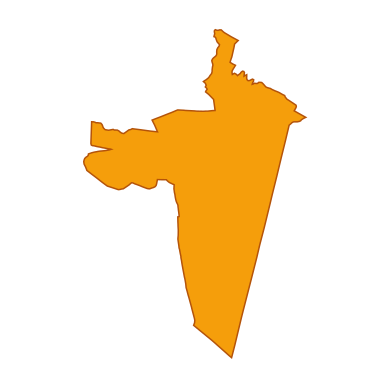 the district of Kikuyu, Central, Kenya, rotated 273°
{"feature_id": "3690345B86705577908989", "entity_name": "Kikuyu", "entity_type": "district", "adm_level": 2, "iso_a3": "KEN", "parent_name": "Kenya", "parent_adm1": "Central", "projection": "orthographic", "projection_center": [36.645, -1.233], "detail": "fine", "context": "isolated", "style": "filled", "palette": "amber", "viewbox_px": 384, "rotation_deg": 273, "n_neighbors": 0, "source": "geoboundaries", "source_scale": "gbopen_adm2", "svg_char_len": 4098}
<svg xmlns="http://www.w3.org/2000/svg" viewBox="0 0 384 384"><g transform="rotate(273 192 192)"><path d="M345.7,230.2L349.1,223.0L352.8,216.0L353.8,214.6L354.6,213.7L355.4,212.7L355.3,210.8L354.8,209.7L354.8,208.4L355.3,206.8L354.5,206.0L353.3,205.9L351.2,206.4L349.5,206.0L348.3,205.8L348.0,206.9L347.1,207.7L345.8,208.1L343.3,209.2L342.3,210.1L340.5,211.8L338.9,211.3L337.4,210.2L335.5,209.4L333.3,209.3L331.3,209.5L330.2,209.3L329.1,208.7L327.9,207.4L327.0,206.4L325.7,205.4L324.3,204.9L323.0,205.2L320.6,206.1L319.3,206.2L318.1,205.9L316.6,205.8L315.1,205.7L313.4,205.8L311.4,205.4L309.8,204.3L308.9,203.7L307.9,203.2L306.8,202.4L306.0,201.5L304.9,200.3L303.8,198.7L302.9,197.6L301.3,199.6L299.3,200.6L297.6,199.8L296.6,201.0L295.4,201.8L294.0,200.8L292.7,200.3L290.3,203.6L285.6,208.7L274.6,210.8L274.3,208.0L273.6,203.6L273.5,201.8L273.2,199.1L273.0,192.6L273.1,190.0L273.1,185.1L273.1,181.1L273.2,179.5L273.2,175.3L273.2,173.4L272.7,172.3L270.3,167.4L269.6,165.8L268.3,162.9L265.7,157.3L263.0,151.2L261.7,148.4L256.8,151.2L250.3,154.4L250.6,147.9L251.0,143.1L251.5,137.0L251.7,134.3L251.9,131.3L252.1,129.0L251.3,127.8L250.7,125.7L248.5,123.0L247.8,122.1L246.8,120.9L247.1,118.7L248.1,117.1L249.1,115.9L249.9,114.2L249.9,112.5L249.8,111.2L250.4,110.0L249.3,105.5L249.7,102.0L251.0,100.5L252.2,99.7L253.3,99.3L254.7,98.6L256.0,97.3L256.2,94.1L256.1,92.5L256.6,91.5L256.9,90.1L256.9,88.1L235.1,88.5L233.6,89.0L233.1,90.1L233.0,91.7L232.7,93.3L232.4,94.7L232.2,96.4L232.0,98.1L231.6,100.0L231.3,102.6L230.9,105.4L230.7,106.6L230.7,108.0L230.4,109.1L229.6,106.8L229.0,104.2L228.6,102.1L228.0,97.9L227.6,95.9L227.2,94.5L226.8,92.7L226.4,91.3L225.8,89.5L224.6,86.6L223.0,86.4L222.1,85.6L221.2,84.3L219.9,83.1L218.3,82.6L216.8,82.3L215.6,82.5L214.2,82.8L212.6,83.7L211.6,84.3L210.5,84.8L209.0,85.5L208.0,85.9L204.2,91.4L201.3,95.7L197.0,101.8L193.5,107.1L192.0,112.8L190.5,118.3L190.7,119.7L191.3,121.6L191.6,123.2L193.6,125.9L195.8,128.8L197.4,130.4L198.1,131.3L197.9,132.7L197.2,134.3L196.8,135.7L196.5,136.7L195.7,139.3L194.7,142.0L194.1,143.9L193.6,145.5L193.1,147.1L192.9,149.2L193.2,150.2L193.8,151.4L194.3,152.9L194.8,153.9L195.4,154.9L196.6,155.8L198.2,156.2L202.6,156.8L202.7,161.0L202.9,165.8L202.1,166.5L201.3,167.5L200.3,168.9L198.3,173.8L197.2,173.8L195.9,173.8L194.2,173.8L192.2,174.2L190.5,174.5L188.5,175.1L187.3,175.3L185.4,175.7L183.5,176.2L181.7,176.8L180.4,177.4L179.3,178.1L177.8,178.7L176.6,178.8L175.1,179.1L173.7,179.3L171.6,179.7L170.0,180.0L168.2,180.3L166.8,180.4L166.4,179.1L165.3,179.2L162.7,179.4L161.3,179.5L159.3,179.7L156.8,179.9L153.1,180.3L150.7,180.4L147.9,180.5L145.8,180.4L144.2,180.4L142.0,180.8L137.6,181.7L135.5,182.0L134.2,182.5L130.0,183.5L127.0,184.3L125.7,184.4L123.0,185.1L119.6,185.8L114.9,186.9L110.8,187.9L106.6,188.9L105.4,189.3L104.2,189.6L99.8,190.6L96.3,191.1L92.8,192.3L89.0,193.5L86.5,194.4L83.8,195.3L76.8,197.6L75.7,197.9L66.0,201.0L64.0,201.5L61.5,201.4L58.9,200.6L44.7,219.9L30.5,237.7L28.6,240.2L40.9,242.7L69.5,248.0L76.6,249.4L101.4,254.4L107.3,255.6L129.9,260.1L143.2,262.5L160.2,266.0L185.6,270.8L189.5,271.5L193.3,272.2L211.9,275.8L230.8,279.3L248.0,282.6L263.8,285.5L265.1,286.9L266.7,288.5L267.4,289.9L267.6,293.6L268.1,295.5L268.8,296.8L269.8,297.4L271.3,299.5L272.5,301.7L278.4,289.8L281.2,291.2L282.6,291.7L284.1,291.4L288.3,284.4L289.7,281.9L291.9,280.0L293.2,279.5L293.9,277.8L294.5,276.5L295.4,274.8L296.0,273.6L296.8,271.4L297.3,269.8L298.7,266.3L299.5,264.9L299.8,263.3L300.3,261.4L300.9,260.1L302.4,258.7L303.9,257.2L305.0,255.9L305.1,254.2L305.0,252.9L303.9,251.8L303.7,250.4L303.9,248.8L303.1,247.6L302.7,246.5L304.4,246.9L305.8,247.6L307.4,247.7L307.9,246.4L306.3,243.6L306.1,242.2L307.1,241.0L308.7,240.6L310.3,240.6L312.0,240.5L311.1,238.9L310.4,237.9L312.6,238.0L314.1,238.1L315.1,237.4L315.3,236.1L314.1,234.7L312.9,234.0L310.6,231.3L311.7,230.4L312.8,228.2L312.2,227.2L311.5,226.1L313.4,225.7L314.8,225.7L316.4,226.4L320.8,228.8L321.3,227.6L321.8,226.4L323.5,223.2L324.7,223.5L326.3,223.9L329.0,224.7L338.3,226.3L342.0,226.8L344.2,228.8L345.7,230.2Z" fill="#f59e0b" stroke="#b45309" stroke-width="1.5"/></g></svg>